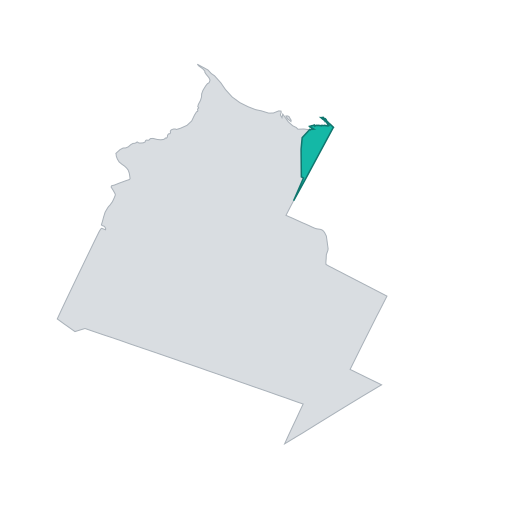 Nouadhibou, Dakhlet Nouadhibou, Mauritania (highlighted), rotated 119°
{"feature_id": "47542326B41685059019738", "entity_name": "Nouadhibou", "entity_type": "district", "adm_level": 2, "iso_a3": "MRT", "parent_name": "Mauritania", "parent_adm1": "Dakhlet Nouadhibou", "projection": "albers", "projection_center": [-16.719, 20.928], "detail": "fine", "context": "in_parent", "style": "filled", "palette": "teal", "viewbox_px": 512, "rotation_deg": 119, "n_neighbors": 0, "source": "geoboundaries", "source_scale": "gbopen_adm2", "svg_char_len": 5088}
<svg xmlns="http://www.w3.org/2000/svg" viewBox="0 0 512 512"><g transform="rotate(119 256 256)"><path d="M229.5,426.7L228.9,426.5L226.0,424.6L224.6,422.3L222.4,420.6L219.3,419.5L217.2,418.2L216.3,416.8L215.1,415.8L213.9,415.3L213.8,414.8L214.0,414.0L213.7,412.6L211.8,409.6L210.1,408.3L208.7,408.5L207.9,408.2L207.4,407.5L207.2,406.5L206.2,405.7L204.5,405.3L203.1,403.1L202.0,399.0L200.6,395.7L198.9,393.4L197.7,392.6L196.8,392.5L196.5,392.1L196.3,391.4L195.0,391.2L193.2,391.9L191.6,391.7L190.8,390.6L189.7,390.5L188.3,391.5L186.8,391.3L185.0,389.8L184.1,388.3L183.9,386.9L180.9,384.0L175.2,379.7L169.1,377.7L162.5,378.1L158.7,377.9L157.9,377.2L157.1,377.3L156.3,378.1L155.4,378.3L154.5,377.9L153.9,378.2L153.7,379.3L151.4,379.9L146.9,380.0L143.4,380.7L140.6,382.1L136.8,382.7L131.8,382.5L128.7,382.0L127.7,381.2L126.3,381.1L124.4,381.5L122.8,383.7L121.3,387.6L120.1,389.8L119.1,390.4L118.1,393.3L117.5,398.2L116.7,400.3L116.6,388.2L118.1,383.6L118.5,379.6L121.6,370.7L125.2,363.5L128.5,353.9L129.7,344.5L129.3,335.4L128.2,327.3L126.5,321.9L124.9,314.2L122.5,310.1L118.1,306.5L117.1,304.4L118.1,303.6L120.8,303.1L122.5,300.3L118.9,301.4L123.0,292.8L124.3,287.0L124.1,283.1L124.8,280.8L121.7,275.7L119.2,269.2L118.0,268.2L116.6,267.7L116.5,269.2L115.8,270.5L114.3,269.7L111.6,265.0L107.8,257.4L106.5,256.6L105.4,257.6L104.7,258.6L103.4,265.0L103.0,262.5L103.6,259.5L104.5,255.8L105.6,250.8L108.9,250.8L114.7,250.7L126.3,250.7L132.2,250.7L143.8,250.6L149.6,250.5L161.3,250.4L167.1,250.3L178.8,250.1L184.6,250.0L196.2,249.8L202.1,249.6L205.9,249.5L205.6,245.9L205.3,243.1L205.0,239.2L204.7,235.4L204.4,231.5L204.0,227.9L203.7,224.3L203.5,221.0L203.2,217.9L202.8,216.1L201.5,212.7L201.2,210.9L201.5,209.1L202.3,207.3L204.5,204.1L207.8,201.6L211.7,198.7L214.6,196.5L216.1,195.9L220.8,195.1L224.4,193.3L227.9,191.7L229.4,190.7L229.5,187.8L227.6,122.0L245.0,121.4L249.6,121.3L281.7,120.0L286.2,119.8L309.6,118.7L309.4,115.6L309.2,111.2L308.9,105.1L308.6,99.0L308.0,88.3L307.8,83.7L312.5,86.5L322.0,92.0L326.8,94.8L336.3,100.2L345.9,105.7L355.5,111.1L360.3,113.8L365.1,116.5L369.9,119.2L374.7,121.9L384.4,127.3L388.4,129.5L394.7,133.2L400.5,136.5L406.4,139.9L397.7,140.6L386.2,141.4L378.3,141.9L370.2,142.5L362.6,143.0L363.7,149.1L364.8,155.8L365.9,162.5L367.1,169.2L368.2,176.0L371.7,196.1L372.8,202.8L374.0,209.5L375.1,216.3L376.3,223.0L378.6,236.4L379.8,243.1L380.9,249.9L382.1,256.6L383.3,263.3L384.5,270.0L386.8,283.4L388.0,290.2L389.2,296.9L390.4,303.6L391.6,310.3L392.8,317.0L394.0,323.7L395.1,330.4L397.5,343.9L398.8,350.6L400.0,357.3L401.2,364.0L402.3,370.4L405.7,373.7L409.9,377.7L409.2,383.9L408.4,391.3L407.4,399.3L396.5,400.1L385.7,400.8L358.9,402.4L353.5,402.7L326.6,404.2L321.2,404.5L310.9,405.0L307.8,404.9L306.6,404.4L306.0,400.3L305.1,400.6L304.1,401.8L303.6,403.2L303.9,404.9L303.8,406.3L300.4,407.0L295.7,408.2L290.8,409.2L285.9,409.1L284.1,408.9L282.3,408.4L278.3,407.9L276.2,408.0L273.7,408.2L270.8,408.6L269.9,409.4L267.9,412.6L265.9,416.2L264.5,416.3L262.8,414.4L258.4,410.8L253.1,406.2L250.6,403.9L249.4,403.6L247.0,405.4L244.9,407.1L242.8,409.5L241.8,411.8L241.1,414.5L240.8,417.6L240.1,421.3L238.4,424.3L236.4,426.6L234.8,427.7L234.2,428.3L229.5,426.7ZM120.7,295.0L119.1,297.7L118.3,296.6L118.0,294.9L119.5,292.4L120.2,291.1L121.5,290.6L120.7,295.0Z" fill="#d9dde1" stroke="#a8b0b8" stroke-width="1"/><path d="M189.4,249.9L164.7,250.0L140.9,250.3L108.9,250.7L106.3,250.7L106.0,250.6L104.8,255.0L104.7,256.0L104.2,257.7L103.9,258.6L103.6,259.8L103.1,260.3L102.6,261.0L102.6,261.6L102.3,262.0L102.5,262.5L102.7,262.9L102.8,263.4L102.5,263.8L102.1,264.1L102.1,264.4L102.3,264.7L102.7,264.7L102.8,265.2L103.0,265.4L103.1,265.7L103.4,265.9L103.4,266.1L103.5,266.3L103.7,265.3L103.7,265.0L103.8,264.9L103.8,264.6L104.0,264.0L104.0,263.8L103.8,263.6L103.4,263.5L103.1,263.0L103.4,262.5L104.0,262.4L104.3,262.3L104.4,261.9L104.4,261.4L104.5,261.1L104.9,260.6L104.5,260.3L104.5,260.6L104.4,260.4L104.4,259.9L104.2,259.3L104.0,259.1L104.1,258.7L104.4,258.7L104.5,258.9L104.6,259.2L104.7,259.4L104.8,259.3L104.9,259.0L105.1,258.7L105.3,258.4L105.5,258.1L105.6,257.2L105.9,257.0L106.2,257.0L106.3,256.8L106.2,256.6L106.5,255.4L106.9,255.5L107.1,255.8L107.3,256.1L107.5,256.3L107.6,256.6L107.8,256.9L107.9,257.4L107.9,258.0L108.3,258.3L108.3,259.2L108.7,259.4L108.9,259.6L108.9,259.9L109.0,260.0L109.4,260.4L109.6,260.9L109.6,261.3L109.7,261.7L110.2,262.0L110.3,261.8L110.5,261.9L110.6,262.1L110.7,262.9L111.1,263.4L111.2,264.4L111.9,265.0L112.0,265.7L112.2,265.8L112.3,266.3L113.0,267.0L113.3,267.0L113.5,267.2L113.5,267.3L113.3,267.7L113.3,268.0L113.5,268.0L113.4,268.1L113.2,268.3L113.1,268.5L113.5,268.8L113.8,269.1L114.0,269.1L114.4,269.4L114.8,270.2L116.2,271.5L116.4,271.8L116.7,272.1L116.8,271.8L117.0,271.5L117.0,271.2L117.0,270.9L116.9,270.7L116.8,270.3L117.0,269.6L117.0,269.0L116.8,268.6L116.9,268.1L116.9,267.6L117.0,267.4L117.0,267.0L117.2,267.3L117.4,267.4L117.7,267.7L117.8,268.2L118.0,268.8L118.5,269.3L119.2,269.4L119.2,270.3L130.1,273.0L140.6,268.4L141.7,267.8L164.8,254.7L164.8,252.3L189.4,249.9Z" fill="#14b8a6" stroke="#0f766e" stroke-width="1.5"/></g></svg>